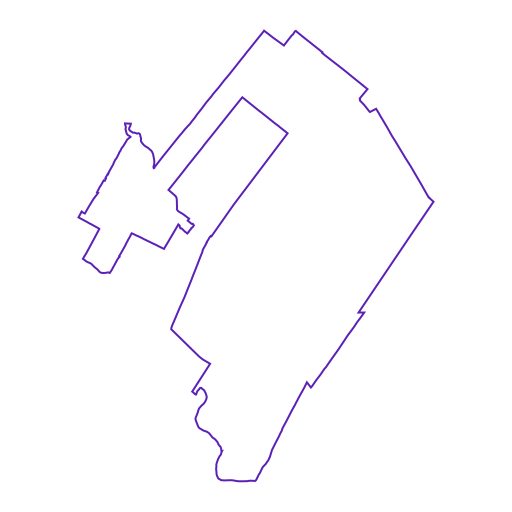 Varasti, Giurgiu, Romania
{"feature_id": "2599482B7162388776253", "entity_name": "Varasti", "entity_type": "district", "adm_level": 2, "iso_a3": "ROU", "parent_name": "Romania", "parent_adm1": "Giurgiu", "projection": "orthographic", "projection_center": [26.231, 44.242], "detail": "fine", "context": "isolated", "style": "outline", "palette": "violet", "viewbox_px": 512, "rotation_deg": 0, "n_neighbors": 0, "source": "geoboundaries", "source_scale": "gbopen_adm2", "svg_char_len": 6024}
<svg xmlns="http://www.w3.org/2000/svg" viewBox="0 0 512 512"><path d="M255.0,481.0L255.5,480.6L255.9,480.3L256.4,479.5L258.6,475.0L260.1,472.6L260.5,471.7L261.0,470.6L262.7,467.2L263.2,466.6L265.7,464.0L266.9,462.2L268.2,460.4L268.6,459.7L269.2,458.1L269.7,457.5L272.0,450.0L275.5,443.0L279.4,435.5L280.0,434.0L281.8,430.6L282.1,429.9L282.2,428.9L287.2,419.6L292.0,410.2L295.0,404.9L296.1,402.6L297.0,401.0L298.1,398.8L299.3,396.6L301.2,393.1L302.3,391.3L302.8,390.2L304.4,387.4L306.9,382.3L310.9,387.5L312.3,385.9L313.1,384.7L316.2,380.2L320.5,374.6L324.5,368.7L325.6,367.6L325.9,367.3L327.9,364.3L332.8,357.3L338.8,348.9L348.4,334.4L348.5,334.4L353.9,327.1L356.2,323.6L357.1,322.2L360.3,318.0L363.6,313.4L364.2,312.5L358.6,312.5L412.1,233.2L433.5,201.7L429.4,198.0L429.2,197.9L428.9,197.6L429.1,197.5L428.4,196.8L427.2,194.9L421.4,184.6L410.4,165.8L405.6,158.3L395.3,141.2L392.0,136.0L386.9,126.9L381.4,117.7L379.9,115.2L378.7,113.0L376.8,109.9L376.1,108.8L369.9,112.0L369.7,111.8L368.8,110.8L366.8,108.2L363.8,104.5L361.7,102.3L360.3,101.0L360.0,100.5L359.9,100.2L360.1,99.5L359.7,98.5L363.2,94.3L367.5,89.1L352.0,76.6L343.3,69.5L325.5,55.7L322.0,52.8L322.4,52.2L321.6,51.6L303.3,37.1L299.9,34.3L296.9,31.9L295.9,30.9L294.9,31.4L293.0,34.4L291.8,35.4L287.8,40.4L283.9,45.5L272.6,37.3L264.1,30.7L261.2,34.4L258.5,37.7L248.5,50.2L247.6,51.2L245.4,54.0L244.8,54.9L240.4,60.3L235.0,67.2L228.1,75.8L224.2,80.4L222.7,82.3L218.7,87.5L213.4,93.6L211.7,96.0L209.7,98.4L206.3,102.4L204.9,104.3L204.5,104.8L201.8,108.5L198.3,112.9L196.7,114.9L194.9,117.6L191.4,121.9L190.0,123.9L187.5,126.4L186.8,127.3L186.1,128.0L185.0,129.2L181.6,133.4L180.5,134.6L178.9,136.5L168.5,149.5L163.8,155.3L155.3,166.2L154.9,166.7L154.6,167.3L154.5,167.8L153.8,168.2L153.6,167.9L153.5,167.3L153.6,166.2L153.9,165.2L154.2,163.9L154.3,162.5L154.3,161.3L154.2,160.3L154.0,158.9L153.1,154.3L152.7,153.2L152.1,151.9L151.2,150.6L149.3,149.0L148.1,147.9L145.7,146.5L144.9,145.9L143.7,144.9L142.6,143.6L141.5,142.2L141.0,141.1L140.9,140.2L141.0,138.9L141.0,138.1L140.3,136.1L140.2,134.9L139.9,134.1L139.3,133.6L138.5,133.2L137.0,133.6L134.7,132.7L132.9,132.7L131.3,131.5L130.5,131.2L129.1,129.5L129.2,128.1L129.5,127.4L130.3,125.9L130.8,123.7L125.0,123.4L125.0,123.7L125.2,125.0L125.9,126.9L125.5,129.0L126.7,133.7L127.8,135.1L129.6,136.0L130.5,136.9L127.6,139.3L127.3,139.4L125.8,142.0L123.1,146.4L122.6,146.9L121.4,148.6L120.5,150.6L119.8,151.6L119.1,152.8L119.0,153.3L117.1,157.1L116.4,158.3L115.2,159.9L113.8,162.8L113.2,164.4L109.0,171.8L108.4,173.0L108.6,173.1L108.0,174.4L107.6,174.2L105.4,178.2L105.9,178.5L104.8,180.8L103.7,180.4L101.1,185.0L99.7,187.1L97.0,192.4L98.1,192.9L93.4,199.1L88.6,207.0L84.9,213.5L83.3,212.8L81.6,211.5L80.3,214.1L78.5,217.4L86.9,221.9L90.0,223.7L91.0,224.1L94.3,226.0L97.1,227.5L98.7,228.4L99.3,228.9L94.2,238.6L86.6,252.7L82.9,258.8L85.0,260.3L85.9,261.1L86.6,261.6L88.3,262.4L89.6,262.9L90.9,263.5L92.0,264.5L94.2,266.8L97.7,269.7L99.5,271.8L100.0,272.2L100.8,272.6L101.9,272.9L103.6,273.0L105.3,272.9L107.0,272.6L108.0,272.4L108.6,272.5L109.2,272.7L109.4,272.9L109.7,273.0L111.6,270.2L113.5,266.7L114.9,264.2L116.3,261.5L117.9,258.7L118.3,258.1L119.1,257.3L119.1,257.2L119.6,256.8L119.1,256.1L120.0,254.8L121.8,251.7L123.2,249.1L125.3,245.5L126.1,243.6L127.3,241.5L128.0,240.0L129.6,237.3L131.2,234.2L131.7,233.3L134.5,234.5L135.5,235.1L139.4,236.8L142.4,238.3L144.4,239.4L145.9,240.0L147.5,240.9L148.9,241.5L150.7,242.4L154.2,244.1L154.6,244.2L158.3,246.1L164.0,248.9L165.9,245.6L167.9,242.3L177.4,226.1L178.3,224.4L178.9,224.9L179.6,225.6L179.7,225.8L179.7,226.7L180.0,227.4L180.4,227.9L180.5,228.0L180.5,228.3L181.2,228.3L181.4,228.4L182.2,228.9L183.4,230.2L183.9,230.6L185.0,231.7L186.5,232.8L187.3,233.5L187.6,233.2L188.7,231.9L188.6,231.7L191.9,227.8L191.8,227.7L192.4,227.3L192.9,226.9L193.4,226.0L193.9,225.4L193.3,224.6L192.8,223.8L191.5,223.8L189.3,221.9L187.7,220.6L189.1,218.7L184.1,214.9L183.0,214.1L178.8,211.6L178.0,210.9L177.3,210.1L177.1,209.8L176.9,209.1L177.0,207.1L177.1,206.2L176.9,205.1L176.9,201.9L176.7,198.8L176.5,197.8L175.8,196.4L175.4,196.1L175.4,195.9L168.5,189.9L171.2,186.6L177.1,179.2L179.6,176.1L188.5,164.7L191.9,160.5L195.3,156.2L197.1,154.0L199.5,151.0L202.1,147.8L204.6,144.4L214.1,132.6L232.4,109.6L242.3,97.3L259.6,111.2L261.0,112.2L274.5,123.0L278.8,126.2L280.0,127.3L284.6,130.9L287.6,133.3L233.8,204.5L211.4,236.4L210.7,236.0L209.2,237.9L208.6,239.2L206.7,242.1L206.9,242.3L204.8,246.2L203.0,249.5L202.5,250.8L202.5,251.6L200.8,255.7L195.2,270.2L192.7,276.4L191.6,279.4L188.2,287.8L184.4,297.4L179.9,307.3L173.7,322.0L172.4,324.9L171.4,327.7L171.2,329.2L195.7,353.2L199.1,356.5L202.7,359.4L210.1,363.8L192.2,391.6L193.1,392.3L194.9,394.0L195.3,394.3L195.7,394.5L196.1,394.5L196.3,394.1L196.8,392.4L197.4,391.1L198.1,390.3L199.2,389.2L200.0,388.0L200.4,387.9L201.1,387.9L201.4,388.0L201.9,388.6L202.6,389.0L203.4,389.7L204.4,390.6L204.5,390.9L204.6,391.3L205.4,392.6L206.1,394.5L206.6,396.3L206.7,396.8L206.6,398.0L206.1,399.7L205.8,400.4L205.3,401.3L204.2,403.1L203.6,403.7L202.9,404.5L201.6,405.5L200.5,406.8L199.7,407.7L198.9,408.8L198.2,410.7L197.9,412.1L197.4,413.4L196.5,415.7L196.2,416.4L195.6,417.9L195.5,418.8L195.6,419.5L195.9,420.6L196.6,422.5L198.0,426.0L198.2,426.6L199.0,427.7L199.5,428.2L202.8,430.2L204.3,430.9L205.7,431.3L207.0,431.8L208.8,433.0L209.8,434.0L212.5,437.5L214.0,438.5L215.4,439.5L216.1,440.5L217.4,441.9L218.2,443.8L218.5,444.5L219.3,445.6L220.3,446.5L220.6,447.1L220.9,447.9L221.2,449.0L221.4,450.5L221.4,451.1L221.5,451.2L222.0,451.1L221.5,452.0L221.4,452.8L220.9,454.4L220.6,455.0L219.5,456.3L218.0,459.3L217.7,460.2L216.8,462.7L216.4,464.4L216.3,465.0L216.3,465.4L216.4,466.2L216.4,466.9L216.1,468.5L216.5,472.8L216.6,474.2L216.6,474.5L217.1,476.0L217.7,477.2L218.3,478.5L220.1,479.5L220.8,480.0L221.2,480.1L221.6,480.2L222.7,480.3L224.4,480.4L230.6,480.2L232.5,480.3L234.9,480.7L236.0,480.9L238.7,481.3L246.7,481.2L247.6,481.1L248.5,480.9L250.6,480.7L254.5,480.9L254.8,480.9L255.0,481.0Z" fill="none" stroke="#5b21b6" stroke-width="2"/></svg>